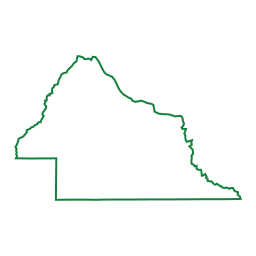 Castanheiras, Rondônia, Brazil (orthographic projection)
{"feature_id": "56859067B68842003571773", "entity_name": "Castanheiras", "entity_type": "district", "adm_level": 2, "iso_a3": "BRA", "parent_name": "Brazil", "parent_adm1": "Rondônia", "projection": "orthographic", "projection_center": [-61.87, -11.438], "detail": "fine", "context": "isolated", "style": "outline", "palette": "green", "viewbox_px": 256, "rotation_deg": 0, "n_neighbors": 0, "source": "geoboundaries", "source_scale": "gbopen_adm2", "svg_char_len": 2239}
<svg xmlns="http://www.w3.org/2000/svg" viewBox="0 0 256 256"><path d="M154.1,108.8L153.4,105.0L151.3,103.8L146.8,103.0L145.4,102.2L141.2,100.7L135.4,101.9L132.3,100.6L131.2,98.5L129.7,98.1L127.6,97.1L125.6,95.7L123.2,94.3L121.7,92.6L120.0,90.6L119.1,89.0L117.9,86.8L116.6,83.9L115.4,81.3L114.3,79.5L112.2,76.8L109.2,75.5L106.7,74.5L104.5,72.6L102.7,69.5L98.5,61.0L95.5,57.1L92.8,56.8L91.1,60.0L90.0,58.9L88.0,58.7L85.5,59.2L84.2,59.0L83.6,57.7L81.6,56.9L79.2,56.2L77.5,56.3L76.7,59.6L76.5,61.4L74.8,62.4L73.2,64.1L72.2,65.7L70.9,66.9L69.4,68.5L67.4,70.5L66.6,72.5L64.5,72.9L62.3,73.7L61.0,75.2L60.4,77.2L59.4,78.8L58.6,80.3L58.3,82.3L57.8,84.1L55.8,84.8L54.1,85.3L54.0,86.7L52.2,88.5L52.0,90.4L52.4,93.1L49.5,93.9L49.7,95.3L47.7,95.4L46.7,96.8L46.7,100.4L44.9,100.7L45.4,102.3L44.5,103.7L45.0,105.0L46.2,106.2L46.0,108.4L45.0,109.6L44.0,111.0L42.7,112.6L42.5,114.8L43.7,115.9L42.7,117.7L41.1,120.4L40.7,122.2L38.9,122.2L37.7,123.0L37.2,124.3L35.2,124.9L33.3,126.8L31.2,127.4L29.8,129.0L28.5,129.3L26.6,130.4L26.9,132.2L25.1,134.3L24.2,135.4L23.3,136.5L21.4,137.4L18.7,138.8L17.7,142.5L16.6,145.2L15.4,147.0L16.6,148.9L16.1,150.6L16.7,152.4L16.2,154.2L17.1,156.2L15.9,158.3L31.0,158.5L39.7,158.4L48.6,158.4L56.3,158.3L55.9,199.8L65.7,199.7L83.8,199.7L89.9,199.7L97.7,199.8L99.1,199.7L100.6,199.7L102.7,199.6L118.7,199.5L131.8,199.5L135.8,199.5L154.3,199.4L171.5,199.4L188.8,199.3L206.2,199.2L224.4,199.2L240.6,199.0L239.9,196.5L237.6,194.7L238.0,192.2L234.6,191.0L233.7,189.5L232.8,187.9L230.7,188.1L229.4,188.8L227.3,187.7L223.8,187.9L222.2,187.4L221.2,186.2L219.9,186.0L217.0,183.7L215.6,184.7L214.2,184.2L212.8,183.0L212.0,181.6L209.7,181.3L207.5,180.8L207.7,179.0L205.9,177.8L206.6,176.6L205.1,174.0L203.4,175.4L201.8,175.7L201.5,171.7L200.8,169.7L198.5,169.9L196.6,168.8L196.6,165.8L194.5,166.3L193.9,164.8L191.6,163.8L191.4,161.0L191.7,158.6L191.6,155.4L193.1,153.8L192.6,149.5L189.4,146.4L191.8,144.8L191.3,142.3L192.0,140.3L186.7,141.8L185.5,139.3L185.3,135.3L184.3,133.7L186.0,129.0L182.3,128.9L181.5,127.6L183.2,125.9L184.0,123.4L182.9,121.2L182.8,119.4L182.1,117.2L180.6,115.8L175.0,116.4L172.9,115.6L168.8,114.4L163.8,114.2L159.0,113.7L156.4,112.5L154.6,111.7L154.1,108.8Z" fill="none" stroke="#15803d" stroke-width="2"/></svg>